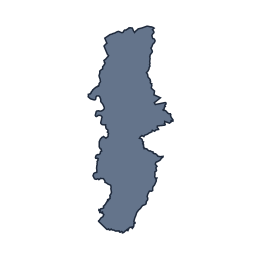 outline of Dak Po, Gia Lai, Vietnam, rotated 63°
{"feature_id": "81297802B45369844815447", "entity_name": "Dak Po", "entity_type": "district", "adm_level": 2, "iso_a3": "VNM", "parent_name": "Vietnam", "parent_adm1": "Gia Lai", "projection": "albers", "projection_center": [108.624, 13.929], "detail": "fine", "context": "isolated", "style": "filled", "palette": "slate", "viewbox_px": 256, "rotation_deg": 63, "n_neighbors": 0, "source": "geoboundaries", "source_scale": "gbopen_adm2", "svg_char_len": 5873}
<svg xmlns="http://www.w3.org/2000/svg" viewBox="0 0 256 256"><g transform="rotate(63 128 128)"><path d="M135.6,83.8L134.5,83.8L134.0,85.0L132.8,85.8L130.2,86.4L129.7,86.7L128.9,87.3L128.7,88.1L127.8,88.6L127.6,88.3L127.6,87.4L125.8,85.9L125.8,85.0L124.7,85.0L124.1,84.2L124.0,83.4L123.1,82.8L122.5,83.0L122.2,83.3L119.5,93.0L117.4,93.1L115.8,85.4L110.2,89.8L107.1,87.6L103.3,89.1L102.5,88.8L100.9,87.4L100.0,87.3L99.4,86.7L98.5,87.5L97.9,87.6L97.5,87.4L96.5,86.6L95.5,86.7L95.1,86.3L94.0,86.4L92.3,86.9L91.3,87.0L89.6,86.3L88.7,86.2L87.1,86.5L86.2,84.2L84.9,82.5L83.6,81.6L82.8,80.3L81.2,80.0L80.5,79.1L78.6,78.5L76.0,76.7L74.3,76.3L74.0,75.7L73.4,75.5L72.8,74.9L71.6,72.3L71.1,71.7L70.4,71.4L67.2,71.3L66.5,69.9L65.0,68.4L64.3,67.3L64.0,65.9L62.8,64.4L62.3,64.2L60.8,64.2L60.2,64.5L59.5,65.4L56.5,64.8L55.4,63.3L54.9,61.7L54.2,61.3L53.6,61.3L52.7,61.3L51.5,61.6L50.9,59.4L49.7,60.1L48.4,61.4L48.0,62.2L46.9,63.4L45.9,64.8L45.2,70.2L44.3,73.9L44.8,75.6L45.0,76.7L45.9,78.8L43.6,79.0L40.9,78.8L39.5,80.8L39.6,81.3L39.2,81.7L39.5,82.4L39.8,85.3L39.2,86.6L39.6,87.6L40.5,88.9L40.5,89.6L40.0,90.6L38.1,92.1L37.5,92.8L37.3,94.4L37.4,96.9L37.0,98.4L37.0,99.9L36.6,101.5L37.4,107.9L42.9,108.3L43.2,109.8L44.1,112.2L44.3,112.2L53.2,112.9L54.6,112.4L55.3,113.2L55.4,113.9L56.5,116.6L56.9,118.8L57.8,118.8L58.4,119.2L59.4,118.9L60.2,119.4L61.5,121.7L61.8,122.7L63.9,123.8L63.9,125.1L64.5,127.4L65.4,127.7L66.7,128.6L68.1,130.0L69.4,130.4L72.1,130.7L73.1,131.2L74.1,131.4L74.5,131.9L75.3,133.6L76.4,134.1L76.8,134.9L77.3,135.1L77.4,135.3L77.0,135.9L77.2,136.1L77.1,136.5L77.3,136.8L77.0,137.6L77.2,138.2L77.5,140.2L78.0,141.4L78.0,142.1L78.6,142.7L79.1,144.2L79.9,144.7L79.9,145.4L80.3,145.7L80.5,146.2L80.2,146.7L80.2,147.4L80.0,148.1L81.0,148.5L82.1,149.3L84.9,148.2L87.1,146.0L87.8,145.0L87.9,144.3L87.7,143.8L85.8,142.4L85.3,141.5L85.8,139.9L86.6,139.2L87.4,139.0L89.7,139.2L90.8,139.6L91.8,140.2L92.8,140.2L94.1,139.8L95.7,139.6L98.9,139.8L99.9,140.3L100.3,140.9L100.8,142.6L100.7,144.3L100.4,145.1L99.2,146.6L98.7,148.3L99.0,148.9L101.8,151.4L102.9,151.4L103.4,151.1L103.5,150.4L103.3,149.1L103.4,148.3L104.4,146.7L106.0,146.1L106.8,146.3L107.2,146.9L108.8,148.1L110.7,149.8L111.6,150.1L113.1,149.6L113.7,148.9L115.0,146.5L115.7,147.0L116.9,147.2L117.8,147.7L119.3,147.6L120.0,147.0L120.4,146.9L121.7,147.2L122.1,147.6L122.1,148.1L122.3,148.3L122.9,147.9L124.2,147.9L124.9,148.8L126.2,149.3L126.8,150.3L126.8,151.6L127.1,152.3L124.4,153.7L124.6,154.7L124.5,155.8L125.0,156.4L125.2,157.4L127.1,159.8L131.7,162.2L133.6,162.2L134.4,161.8L134.6,161.5L136.6,162.0L136.5,162.7L136.8,163.5L138.0,164.2L138.3,164.9L138.5,166.0L137.9,167.1L137.9,168.7L138.9,169.9L139.7,170.5L140.3,170.5L140.7,170.0L141.1,168.9L141.6,168.5L142.1,169.0L143.1,169.3L143.7,170.7L144.9,171.1L145.9,171.9L146.8,172.1L147.3,172.8L149.6,174.3L151.5,174.9L153.4,176.0L152.9,177.4L153.0,179.1L154.7,180.9L158.1,180.9L159.3,179.7L159.5,177.9L160.8,177.4L160.6,175.8L160.4,175.3L161.2,174.3L161.9,172.9L164.2,172.6L165.0,172.7L166.0,173.2L167.0,172.2L168.9,171.3L170.8,169.6L171.1,169.5L172.0,169.6L173.2,170.0L174.2,170.8L177.8,171.9L178.9,173.0L179.8,174.7L180.2,175.0L181.1,175.0L181.4,175.5L182.4,175.8L182.7,176.0L182.7,177.1L183.3,178.0L183.2,178.2L182.6,178.2L182.6,178.6L182.9,179.0L183.8,179.0L183.9,180.1L184.4,180.5L184.9,181.7L185.6,182.5L185.8,183.3L186.3,184.1L186.5,185.4L188.1,185.9L188.1,187.4L187.6,188.8L188.1,189.9L187.4,190.9L188.2,191.4L188.6,191.4L189.2,190.5L190.3,191.5L190.6,191.5L190.9,190.5L191.6,190.1L191.1,189.3L191.3,188.9L192.6,189.4L194.1,188.8L194.7,189.4L195.0,190.0L195.6,190.4L195.9,193.0L197.2,195.4L197.4,196.4L197.8,196.6L208.7,192.9L209.1,192.1L209.1,191.1L210.2,191.0L210.7,190.5L210.4,188.9L211.7,188.4L212.6,186.9L214.1,186.0L214.6,185.1L214.6,184.5L215.3,183.8L215.5,182.8L215.7,182.6L216.8,182.8L217.1,182.6L217.4,182.0L217.3,180.7L217.5,180.5L218.2,180.3L218.9,180.6L219.1,180.3L219.0,178.6L218.5,177.3L218.6,176.5L218.2,175.6L218.0,174.7L219.1,174.9L219.4,174.7L218.4,173.4L217.7,172.8L217.4,171.1L217.9,170.5L218.0,169.4L219.0,169.8L219.4,169.7L218.4,167.7L217.0,166.7L215.9,166.2L215.7,165.6L216.1,165.1L216.0,164.9L215.3,164.6L214.6,165.3L213.9,165.2L211.1,162.7L209.8,161.1L207.1,158.4L206.9,157.6L206.0,156.1L205.3,153.4L204.3,151.6L203.7,150.3L204.0,147.6L203.8,146.4L201.8,145.0L200.9,143.1L199.4,142.2L197.8,142.1L196.1,140.6L194.0,137.7L194.0,137.4L195.0,135.7L194.9,134.4L192.5,133.2L192.0,132.7L191.3,131.7L191.0,130.7L190.5,129.9L188.0,126.8L186.2,126.2L186.2,125.5L185.7,125.0L185.4,125.9L185.1,126.3L184.0,126.4L183.3,126.2L181.8,125.1L180.2,124.5L179.3,123.9L179.3,122.8L178.7,121.8L176.4,121.3L175.7,120.7L175.3,119.5L173.0,120.1L172.5,120.0L171.6,119.2L171.1,118.1L171.4,117.0L171.3,116.2L171.3,114.5L171.0,113.4L170.2,112.3L169.8,110.1L169.2,109.6L168.1,112.5L167.7,112.8L167.4,113.5L166.8,113.8L166.6,114.3L165.2,114.4L163.5,115.1L162.8,116.2L162.5,116.3L162.5,116.5L162.0,116.9L160.6,116.6L160.5,116.9L159.8,117.5L159.6,117.9L158.5,118.5L158.3,119.2L157.5,119.9L156.3,120.5L155.6,120.5L155.1,120.8L155.1,121.2L154.5,121.5L154.2,122.0L153.7,122.3L153.8,122.9L153.4,122.8L152.6,123.0L152.4,122.6L151.7,122.6L151.2,122.2L150.0,122.0L149.6,121.6L148.8,122.0L148.7,121.7L148.4,121.6L148.4,121.4L147.9,121.3L147.5,120.6L147.0,121.0L146.5,121.2L146.0,121.1L145.3,120.7L144.0,120.8L143.3,121.3L142.4,122.5L141.7,121.5L141.3,120.6L141.3,119.9L141.0,119.1L142.9,117.8L142.1,116.7L142.0,116.2L142.4,113.6L142.0,111.1L142.2,110.3L142.1,109.1L142.3,108.6L141.1,107.4L143.0,105.7L142.5,104.6L142.4,104.0L143.2,101.4L142.4,101.3L140.7,101.7L139.6,101.0L139.9,99.8L140.2,99.4L140.4,98.4L140.8,97.6L142.0,94.3L142.1,93.6L141.6,93.1L140.4,93.5L140.1,92.9L138.8,92.3L142.5,88.9L142.2,87.0L141.2,86.5L140.9,86.1L141.1,85.9L141.9,86.0L141.9,85.3L142.3,84.9L141.3,84.2L138.2,84.7L136.4,84.5L135.6,83.8Z" fill="#64748b" stroke="#1e293b" stroke-width="1.5"/></g></svg>